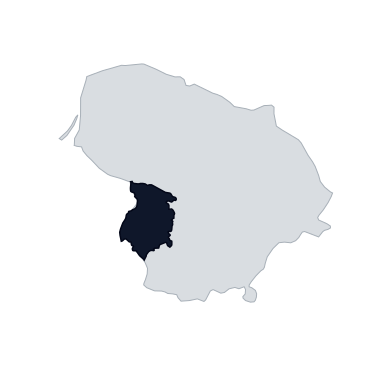 Marijampoles highlighted on a map of Lithuania, rotated 18°
{"feature_id": "LTU-1070", "entity_name": "Marijampoles", "entity_type": "County", "adm_level": 1, "iso_a3": "LTU", "parent_name": "Lithuania", "parent_adm1": "", "projection": "mercator", "projection_center": [23.274, 54.666], "detail": "fine", "context": "in_parent", "style": "filled", "palette": "ink", "viewbox_px": 384, "rotation_deg": 18, "n_neighbors": 0, "source": "natural_earth", "source_scale": "10m", "svg_char_len": 4717}
<svg xmlns="http://www.w3.org/2000/svg" viewBox="0 0 384 384"><g transform="rotate(18 192 192)"><path d="M139.9,260.7L137.9,256.6L135.7,249.3L135.9,243.5L137.2,237.6L143.1,220.3L142.7,217.5L138.5,212.6L133.2,209.1L130.2,201.6L119.5,201.2L109.4,201.6L106.2,201.2L96.5,198.1L87.2,193.0L81.0,190.0L75.8,186.7L73.0,183.2L68.5,184.1L65.5,184.1L65.5,183.5L63.8,177.3L65.6,167.8L62.4,153.8L57.0,136.9L56.7,118.8L56.3,114.7L69.3,104.4L85.8,93.3L89.6,92.3L104.7,85.7L106.8,85.2L120.4,86.4L131.2,88.0L140.2,87.8L145.2,86.1L149.7,87.5L153.4,92.5L157.1,91.9L160.8,88.7L181.1,91.6L185.6,91.5L190.8,92.0L200.3,95.0L205.8,97.7L217.8,96.1L222.9,96.0L225.6,94.9L233.9,87.5L237.5,86.2L240.8,84.8L243.8,86.0L245.8,92.3L251.9,103.3L258.6,105.2L277.0,109.4L280.7,111.6L291.1,121.3L297.3,126.0L301.3,129.7L307.3,137.1L310.8,142.4L316.6,146.4L323.5,149.1L326.0,149.5L325.8,153.4L324.7,160.0L322.4,168.4L319.9,174.9L319.4,177.5L321.2,179.5L330.2,180.5L334.1,181.6L334.8,183.4L332.8,185.6L329.9,187.5L328.6,189.3L326.3,195.6L311.3,194.8L309.3,196.0L308.4,199.0L307.6,202.3L305.6,206.3L301.6,209.8L295.4,211.1L290.3,213.4L286.5,220.7L283.6,230.4L283.7,237.3L284.1,241.1L283.7,243.3L281.8,245.7L278.7,252.0L276.1,259.0L275.1,262.8L275.6,264.5L278.5,264.6L282.7,266.0L284.9,268.8L285.7,272.0L285.7,275.4L284.9,277.3L281.6,278.7L276.4,278.7L273.3,277.1L272.7,275.8L274.1,272.5L273.1,268.3L270.9,266.0L266.5,269.5L262.3,269.5L257.2,272.6L253.9,277.5L250.7,279.3L242.2,278.3L240.0,280.5L238.3,290.5L237.2,292.4L230.1,292.0L223.2,296.0L215.3,299.2L211.4,296.9L209.2,294.4L204.9,294.9L200.3,296.0L197.2,295.4L193.7,295.6L186.9,297.6L178.5,297.0L174.8,295.3L174.5,293.7L174.8,289.8L174.7,283.8L173.3,278.4L169.3,273.7L165.0,270.4L159.6,267.0L155.5,265.5L153.3,265.1L152.8,263.1L152.0,261.4L150.1,259.9L146.1,257.9L142.7,257.4L139.9,260.7ZM52.0,182.9L49.2,182.2L54.7,172.4L56.8,165.9L58.3,156.8L59.6,153.9L59.7,158.1L59.1,165.0L55.6,176.8L52.0,182.9Z" fill="#d9dde1" stroke="#a8b0b8" stroke-width="1"/><path d="M147.9,258.7L147.3,258.7L144.4,257.2L143.4,257.0L142.2,257.6L140.9,260.0L140.0,260.7L137.0,255.5L135.7,252.6L135.5,249.4L135.8,242.9L136.9,238.9L137.1,237.4L137.0,236.4L136.7,234.5L136.7,233.7L136.9,233.1L138.0,231.5L138.0,231.2L137.9,230.8L137.8,230.4L137.9,230.0L138.1,229.8L138.5,229.7L139.0,229.3L139.8,228.8L140.2,228.4L140.9,227.2L142.4,226.1L143.1,225.3L143.8,223.8L143.9,222.4L143.7,220.8L143.0,217.4L142.6,216.3L142.0,215.6L139.1,214.2L138.7,213.6L139.2,212.4L138.6,212.2L138.1,211.7L137.8,211.1L137.4,210.7L137.0,210.6L134.3,210.6L133.5,210.2L132.9,209.1L132.2,207.2L131.4,203.4L130.9,201.7L130.4,201.2L131.8,200.5L132.2,201.0L133.1,201.6L133.3,201.7L134.0,201.8L138.1,201.0L139.6,200.4L140.1,199.9L142.5,199.1L145.0,198.8L147.6,199.5L148.3,199.1L148.9,198.5L149.9,198.1L151.4,197.7L166.8,200.6L171.3,199.9L172.3,200.2L174.8,202.3L175.9,202.4L177.0,202.3L178.1,202.4L179.0,203.2L179.3,204.0L179.2,204.7L178.9,205.1L178.5,205.2L177.9,205.2L177.6,205.3L177.3,205.4L177.1,205.6L176.8,206.1L176.3,207.1L176.0,207.5L175.7,207.8L175.3,207.9L174.9,207.9L172.8,207.7L172.3,207.8L171.7,208.1L171.4,208.3L171.0,208.7L170.7,209.2L170.7,209.7L170.9,210.2L173.3,210.8L173.8,211.4L174.2,211.9L175.3,215.4L176.5,215.1L177.7,214.5L178.4,214.6L179.3,215.0L180.6,216.1L181.6,217.2L182.0,217.7L182.1,218.2L182.1,218.7L182.0,219.2L182.0,219.7L182.2,220.6L182.5,221.3L182.6,221.7L182.8,222.6L182.2,222.9L182.1,223.1L181.9,223.5L181.7,224.1L181.2,224.7L181.1,225.1L181.3,225.4L181.6,225.4L182.1,225.4L182.5,225.6L182.9,226.1L182.8,227.0L182.9,227.5L183.2,227.9L183.4,228.2L183.6,228.7L183.7,229.4L183.5,230.4L184.4,234.3L184.4,235.2L184.1,235.9L183.6,236.2L182.4,236.6L181.9,236.9L181.6,237.3L181.6,237.6L181.8,237.9L182.1,238.1L182.4,238.3L182.5,238.5L182.8,238.8L184.2,239.3L184.6,239.9L184.5,240.3L184.2,240.8L183.8,241.3L183.5,241.9L183.6,242.4L183.9,242.8L185.0,243.6L185.6,244.4L186.1,244.9L186.7,245.0L187.5,244.9L187.9,245.0L188.2,245.6L189.0,248.1L189.1,248.9L189.0,249.5L188.6,250.1L188.3,250.6L188.0,251.3L185.5,250.6L184.6,249.7L184.2,248.9L183.4,248.1L182.9,248.0L182.4,248.1L178.4,251.4L177.9,251.8L177.6,252.4L177.5,253.2L177.5,253.8L177.6,254.7L177.6,255.0L177.6,255.6L173.9,257.0L173.4,257.4L173.1,258.0L173.3,258.3L173.9,258.7L174.0,259.0L173.9,259.4L173.5,259.7L172.0,259.9L170.8,260.4L170.1,261.0L169.2,262.1L168.7,263.5L168.5,264.2L168.2,265.1L168.0,265.7L168.0,266.3L168.2,266.8L168.2,267.3L167.8,270.0L167.6,271.5L166.6,270.7L162.7,269.2L160.9,268.1L157.8,265.6L157.0,265.1L156.0,265.4L154.8,265.9L153.7,265.9L152.8,264.6L152.8,263.7L153.1,262.8L153.3,262.0L153.0,261.6L151.3,261.4L150.8,261.0L150.5,260.4L150.3,259.8L150.0,259.1L149.5,258.6L149.0,258.5L147.9,258.7Z" fill="#0f172a" stroke="#020617" stroke-width="1.5"/></g></svg>